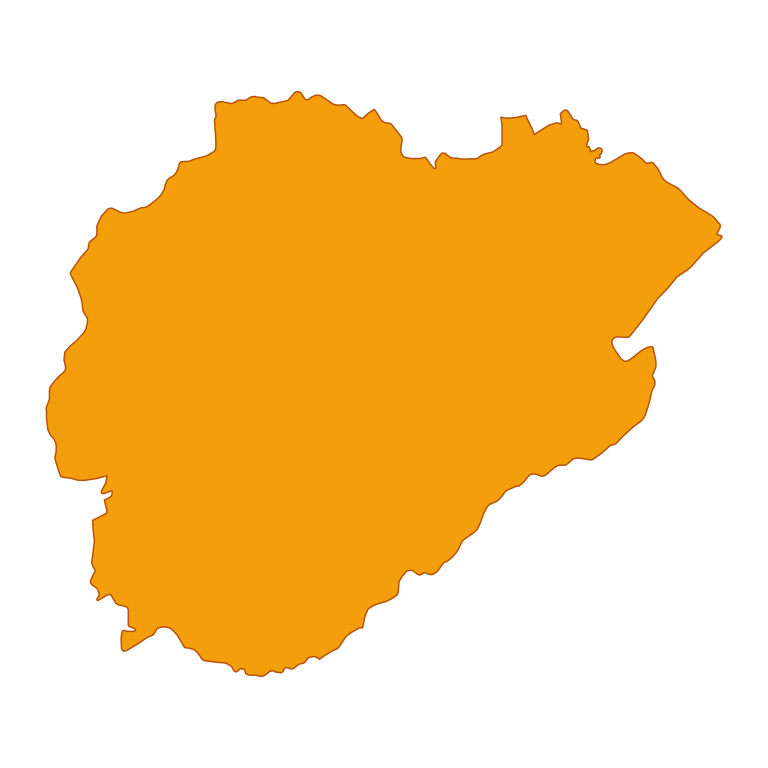 outline of Tan Ky, Nghệ An, Vietnam
{"feature_id": "81297802B12421029194754", "entity_name": "Tan Ky", "entity_type": "district", "adm_level": 2, "iso_a3": "VNM", "parent_name": "Vietnam", "parent_adm1": "Nghệ An", "projection": "equal_earth", "projection_center": [105.224, 19.102], "detail": "fine", "context": "isolated", "style": "filled", "palette": "amber", "viewbox_px": 768, "rotation_deg": 0, "n_neighbors": 0, "source": "geoboundaries", "source_scale": "gbopen_adm2", "svg_char_len": 6038}
<svg xmlns="http://www.w3.org/2000/svg" viewBox="0 0 768 768"><path d="M362.6,627.8L364.9,616.5L367.8,609.5L368.6,608.6L371.5,606.7L376.8,604.1L386.0,601.6L393.6,597.6L396.8,595.2L397.7,593.9L398.3,591.0L399.0,582.0L399.6,580.5L401.7,577.1L406.1,571.6L407.0,571.0L409.7,570.4L412.3,570.4L417.6,574.3L419.6,575.0L421.9,574.1L424.0,572.6L425.8,572.9L428.3,574.2L431.7,574.6L432.7,574.4L437.5,571.4L442.5,564.2L443.9,562.8L447.4,561.1L451.6,557.8L456.3,552.6L458.4,549.3L461.9,541.8L463.3,540.0L474.4,532.2L477.0,529.6L479.3,525.2L483.7,513.6L486.3,508.3L488.0,505.9L489.4,504.5L496.8,501.3L500.7,497.8L505.2,491.7L507.7,490.0L515.4,486.5L519.2,485.9L523.8,482.1L527.7,476.9L530.6,474.4L533.0,473.9L535.8,474.2L541.7,476.2L543.9,475.9L546.9,474.1L551.4,470.0L556.8,466.0L559.8,465.2L565.2,465.1L566.4,464.7L572.9,459.1L575.1,458.1L579.9,458.1L590.1,459.9L592.8,459.5L602.2,452.7L610.4,445.3L614.6,444.3L615.9,443.6L623.0,436.2L633.5,426.7L641.5,420.7L643.5,418.2L645.2,415.2L649.2,403.1L651.4,393.0L652.3,390.0L654.1,386.8L654.9,384.2L654.9,381.5L654.3,379.5L652.6,376.7L652.5,375.8L652.5,375.0L655.8,367.5L656.0,362.7L655.5,358.8L653.0,347.7L652.6,346.9L651.2,346.7L648.2,347.2L645.0,348.5L640.7,351.2L629.8,359.8L626.7,361.2L625.2,361.3L623.7,360.9L621.0,358.9L614.3,349.1L612.2,344.5L611.9,340.9L613.5,338.4L615.3,337.2L617.9,336.8L626.8,337.4L629.4,336.7L642.1,320.7L657.5,298.8L667.8,288.1L677.1,276.8L687.5,269.9L691.7,266.1L703.3,253.0L718.6,241.2L720.7,239.0L721.8,237.4L721.9,236.2L717.2,234.4L716.9,233.9L719.8,228.2L720.4,225.9L719.8,224.2L714.1,217.6L711.3,215.3L699.3,208.2L688.8,199.8L680.7,190.8L677.7,187.9L667.0,182.3L664.7,180.5L662.4,177.8L659.1,170.9L656.9,167.4L652.8,162.6L651.9,162.4L647.1,163.3L646.1,163.1L645.2,162.5L641.8,158.7L633.5,152.9L630.6,152.7L625.3,153.7L610.7,162.4L605.6,164.5L602.0,164.7L597.9,164.1L596.2,163.3L594.9,161.8L595.4,159.0L596.6,157.8L599.0,158.2L599.8,157.9L600.1,156.9L599.7,154.8L601.1,153.6L601.8,152.4L602.2,150.9L601.6,149.0L599.7,147.9L597.5,148.2L594.6,150.6L591.9,150.9L590.7,151.5L590.2,150.6L590.4,149.5L589.6,148.3L588.9,146.5L586.8,146.9L586.5,146.4L587.1,143.1L588.7,139.3L587.5,130.8L587.0,130.1L580.8,128.1L578.3,122.0L577.4,120.9L576.2,120.1L574.0,119.9L573.2,119.4L567.6,110.8L566.7,110.1L564.2,110.2L560.3,113.7L561.5,122.2L561.3,123.5L560.5,123.8L557.6,122.9L555.0,123.2L549.0,125.2L534.3,134.4L532.1,128.6L529.8,124.3L525.7,115.3L517.9,117.2L509.9,118.2L505.7,118.1L500.9,117.3L502.0,124.9L502.1,143.5L502.0,144.8L501.4,145.9L499.2,147.6L493.3,151.8L483.8,154.3L480.5,155.8L477.8,158.3L476.0,158.7L461.5,159.1L457.4,158.2L452.2,158.1L450.6,157.5L448.1,155.9L445.3,153.3L442.0,153.1L439.9,155.1L435.8,161.1L435.3,162.7L435.8,167.9L435.0,168.6L434.4,168.6L433.7,168.1L429.8,163.4L425.7,157.4L424.3,157.4L420.7,158.5L411.5,158.6L405.4,157.5L404.1,156.9L402.9,155.8L401.4,153.3L401.0,151.5L401.0,147.5L402.1,139.7L401.8,137.5L391.1,123.9L390.0,123.4L384.9,122.7L381.4,120.5L377.6,113.9L374.5,109.7L374.0,109.4L368.0,113.5L362.9,118.3L361.0,118.1L358.3,116.8L356.0,115.0L345.5,105.2L344.3,104.6L338.7,105.2L335.0,104.8L333.0,104.0L321.6,96.2L319.2,95.3L316.2,95.2L314.2,95.9L311.5,97.1L308.2,99.6L306.3,99.8L304.6,98.6L301.0,92.8L299.2,91.9L297.0,91.7L295.8,92.0L294.0,93.4L287.9,100.5L274.3,103.5L270.4,103.0L263.6,97.7L256.9,97.1L254.6,96.4L251.1,97.0L246.0,100.1L244.4,100.4L239.0,100.1L237.4,100.7L232.6,103.4L229.8,103.3L222.2,101.7L218.1,102.0L216.6,103.0L215.5,104.3L215.0,106.5L215.3,111.4L216.1,115.4L215.8,117.5L214.4,119.9L215.5,134.0L216.0,145.4L215.6,149.4L214.3,151.3L207.5,155.4L205.4,156.2L194.3,159.1L189.2,161.3L181.2,161.7L180.3,162.1L179.2,164.1L177.9,169.2L175.3,174.0L172.6,176.3L169.1,178.3L167.2,180.2L165.2,184.7L164.4,188.9L161.9,193.6L160.1,196.0L157.3,198.9L148.6,205.7L145.9,207.1L140.2,208.1L133.7,211.1L124.4,213.3L120.1,212.1L112.5,208.4L110.1,208.2L107.4,209.5L101.5,215.9L97.3,225.0L96.9,226.5L96.9,234.3L96.5,235.6L95.3,237.4L90.2,241.3L89.2,242.8L88.8,244.3L88.2,248.9L80.7,257.4L70.5,272.4L70.3,273.6L70.8,274.9L77.0,286.8L80.7,296.9L82.1,302.7L82.8,309.8L83.6,312.2L86.9,317.3L87.5,319.8L87.3,323.4L85.9,329.1L84.0,332.6L76.3,340.9L70.8,345.4L65.1,351.7L64.7,352.8L64.0,360.1L65.6,366.6L65.5,369.4L64.6,371.3L60.0,375.4L55.0,380.6L51.6,384.9L49.9,387.8L49.4,390.7L49.5,399.0L46.1,408.2L46.6,412.5L46.4,418.0L47.9,429.5L48.6,431.5L50.9,435.7L54.0,439.0L55.8,443.1L56.3,446.3L56.2,449.0L56.1,452.1L55.1,456.2L55.0,458.8L58.2,469.4L60.5,476.1L62.5,477.2L71.1,478.3L78.2,480.3L84.4,480.4L96.6,478.5L106.9,475.7L106.1,482.2L101.4,491.2L101.3,492.2L101.9,493.4L102.8,493.6L104.0,493.6L110.9,491.1L112.0,491.1L112.3,491.6L111.7,495.6L110.5,496.9L104.4,500.1L106.9,510.7L106.5,513.3L92.6,520.4L93.2,530.1L94.4,541.4L91.7,562.8L92.8,566.0L95.1,570.5L95.2,571.2L92.2,576.9L90.7,580.3L90.5,581.9L90.6,582.9L91.8,584.7L96.8,588.2L97.9,590.0L99.1,593.2L99.0,595.6L96.9,599.0L97.2,600.2L97.6,600.5L98.9,600.0L107.4,594.9L108.8,594.5L110.7,594.8L111.4,595.6L116.0,603.5L118.7,604.9L125.8,606.6L127.7,608.1L128.3,610.1L128.3,625.3L129.0,626.4L134.1,628.4L135.1,629.0L135.5,629.8L135.0,630.7L133.5,631.4L127.0,631.3L124.5,630.5L123.1,630.5L122.1,631.7L121.1,638.0L121.5,647.8L121.9,649.2L123.0,650.7L123.9,651.2L126.3,650.7L138.6,643.4L146.8,637.6L152.3,635.3L153.8,634.1L156.3,629.7L157.6,628.3L161.0,627.2L164.9,626.8L169.5,627.9L171.0,628.7L174.1,631.6L177.3,635.2L184.6,647.6L189.1,648.1L194.4,649.8L196.8,652.0L199.9,655.9L202.2,659.4L204.8,660.7L218.1,662.4L225.0,662.9L229.6,665.1L231.5,666.5L233.8,670.6L234.9,671.5L236.1,671.8L237.4,671.5L240.1,668.7L242.3,668.8L243.6,669.0L244.8,670.1L245.7,673.4L247.3,674.5L250.0,675.2L255.7,675.2L260.5,676.3L262.2,676.3L265.3,675.0L270.3,671.0L273.1,670.8L275.9,672.1L281.2,672.8L283.2,671.3L283.9,669.3L285.3,667.9L286.5,667.5L291.0,668.8L293.1,668.8L299.0,664.2L303.8,663.1L305.4,661.6L308.1,658.0L309.2,657.4L314.3,656.5L316.8,657.4L319.6,659.2L323.8,656.1L332.9,650.6L336.8,649.0L338.8,647.3L345.9,636.7L351.3,632.5L359.6,627.7L362.6,627.8Z" fill="#f59e0b" stroke="#b45309" stroke-width="1.5"/></svg>